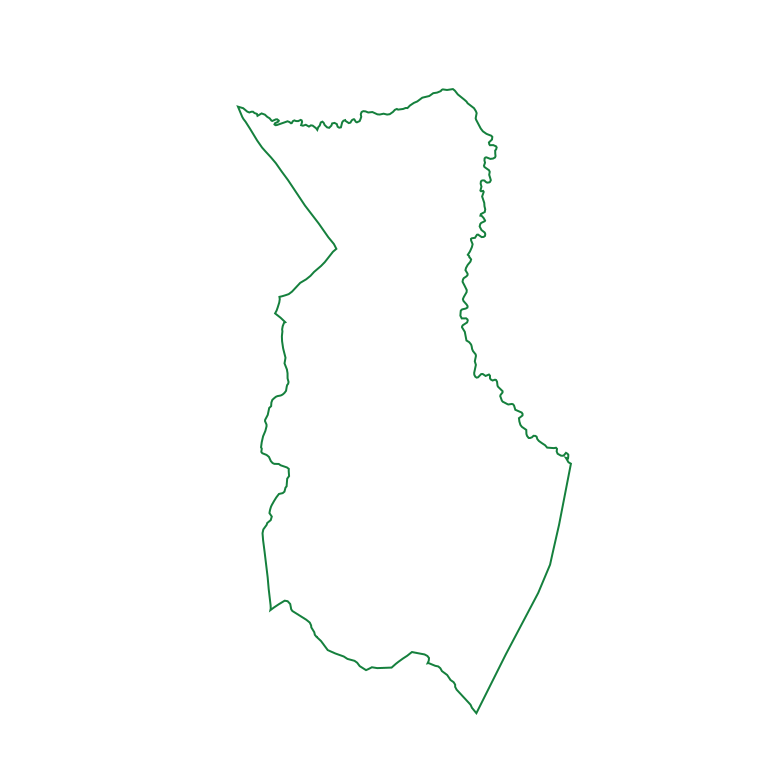 Budjala, Équateur, Democratic Republic of the Congo (Albers equal-area conic projection), rotated 282°
{"feature_id": "63176286B30356596276779", "entity_name": "Budjala", "entity_type": "district", "adm_level": 2, "iso_a3": "COD", "parent_name": "Democratic Republic of the Congo", "parent_adm1": "Équateur", "projection": "albers", "projection_center": [20.221, 2.596], "detail": "fine", "context": "isolated", "style": "outline", "palette": "green", "viewbox_px": 768, "rotation_deg": 282, "n_neighbors": 0, "source": "geoboundaries", "source_scale": "gbopen_adm2", "svg_char_len": 6114}
<svg xmlns="http://www.w3.org/2000/svg" viewBox="0 0 768 768"><g transform="rotate(282 384 384)"><path d="M190.9,572.4L211.8,578.3L241.8,584.0L254.1,584.1L282.7,584.5L344.9,583.4L345.8,580.7L348.9,577.9L349.6,577.2L349.5,579.5L351.5,579.3L353.1,579.0L353.9,578.0L354.5,576.3L351.8,574.9L351.0,573.9L350.7,572.0L351.9,568.3L354.0,566.9L356.5,566.7L357.4,565.5L356.6,563.5L355.7,556.8L357.6,554.3L359.0,550.7L360.5,547.3L362.0,545.4L364.2,544.2L364.7,542.8L364.4,541.0L362.6,539.8L361.5,538.0L361.3,536.7L363.0,534.7L364.7,533.7L368.7,532.7L370.5,528.4L370.8,527.7L372.4,525.9L375.5,524.2L377.0,523.7L378.6,523.1L379.5,523.9L382.0,526.0L383.5,525.8L384.7,524.6L386.1,517.8L389.9,515.7L390.9,514.6L391.1,513.3L389.8,509.8L390.0,508.8L390.9,505.6L391.3,504.2L391.3,503.9L392.3,502.7L395.4,500.8L396.3,500.2L397.6,500.3L400.3,501.7L401.6,501.5L404.9,496.3L405.9,495.4L409.7,494.1L411.2,492.8L411.3,491.7L410.0,489.5L410.6,487.5L411.6,486.5L414.2,485.9L415.1,484.7L413.0,481.7L414.3,478.5L413.9,477.0L410.1,474.6L409.5,473.3L410.1,471.8L411.8,470.4L413.6,469.9L421.8,469.9L425.1,468.1L430.6,468.1L432.0,467.5L434.7,464.2L436.6,462.9L439.1,461.9L440.7,461.0L442.6,458.7L443.7,455.6L451.8,452.2L455.7,448.5L456.6,448.4L457.9,448.9L461.5,452.5L463.6,452.7L464.5,452.2L465.3,450.7L464.3,446.4L466.7,444.5L470.4,444.0L471.8,443.9L473.2,444.9L474.8,448.3L476.1,449.7L477.5,449.6L478.9,448.3L481.7,444.5L483.4,443.5L485.8,444.0L491.0,445.7L493.1,445.4L496.9,442.4L500.3,439.6L502.6,439.5L504.1,440.0L506.6,442.4L508.1,443.1L509.3,442.8L512.3,440.0L514.6,440.1L517.9,441.1L521.7,443.1L524.0,443.3L525.4,441.7L525.6,441.2L526.8,440.7L527.8,439.1L531.4,440.5L536.1,441.5L538.8,441.6L539.2,441.6L542.6,439.3L544.0,438.9L544.8,439.6L545.9,442.6L549.3,443.9L549.7,444.9L548.0,449.0L548.6,450.9L549.9,452.0L551.7,451.9L553.1,451.0L554.9,447.3L558.0,444.8L560.5,444.9L561.8,445.6L564.2,448.7L564.9,448.9L567.2,446.8L568.8,444.5L568.7,443.3L570.3,443.4L573.2,446.8L575.9,446.7L578.8,445.3L582.0,444.4L587.8,441.0L592.6,441.6L593.5,440.8L592.7,438.9L593.2,438.1L597.3,438.3L600.0,436.9L602.1,436.7L603.1,437.1L603.8,438.5L603.9,440.0L602.9,441.4L602.4,443.0L603.1,445.0L603.8,445.7L605.6,446.1L607.1,445.3L610.5,443.4L613.5,443.3L614.9,442.3L617.1,437.2L618.2,436.4L621.5,436.8L623.5,435.8L625.6,435.5L626.6,436.1L627.0,437.1L626.3,441.2L627.2,443.8L628.7,445.5L630.1,445.7L632.9,444.8L633.5,444.7L635.5,444.2L636.8,444.9L638.9,445.0L639.9,443.9L639.9,443.5L640.4,441.2L639.6,438.0L640.3,437.2L642.1,436.4L645.6,438.8L647.8,438.6L648.2,438.6L649.1,437.4L649.2,437.0L649.7,433.8L650.0,432.2L651.7,428.2L654.0,425.5L661.7,419.1L663.0,418.4L668.2,418.3L669.9,417.2L672.5,414.7L676.0,407.4L677.4,406.0L678.8,403.5L682.6,396.0L685.7,392.3L686.8,390.1L685.1,385.6L684.7,384.5L684.4,380.3L683.7,379.3L682.3,378.6L680.1,375.4L678.7,371.7L675.1,368.4L672.0,361.9L667.3,357.8L665.2,354.8L661.8,351.5L658.8,349.6L658.5,347.8L657.0,345.5L655.3,340.7L655.7,339.4L654.4,337.6L652.0,336.2L649.1,333.5L648.2,331.0L648.3,327.4L646.7,323.8L646.4,321.5L647.6,316.1L646.3,312.1L646.8,309.3L646.6,307.2L646.0,306.2L645.2,305.5L643.0,305.2L640.6,306.2L638.1,305.9L636.1,305.5L634.3,303.1L634.6,301.9L636.7,299.9L636.6,299.1L635.3,297.7L632.7,296.8L631.9,295.3L633.5,291.3L634.0,291.1L633.1,289.6L631.3,288.7L626.1,288.5L625.4,286.9L625.8,285.7L626.1,285.1L628.4,283.8L629.1,281.3L628.1,279.1L625.8,278.8L623.2,277.1L623.2,275.0L625.0,272.1L627.0,270.6L627.8,269.2L626.7,267.8L623.4,267.4L621.5,266.3L618.7,265.9L620.0,264.5L621.9,260.5L621.8,258.7L620.2,257.1L621.3,253.6L619.8,251.0L619.9,249.1L623.3,249.4L624.7,248.7L625.0,247.6L623.3,245.4L622.9,243.3L623.2,241.5L622.1,240.2L620.0,239.5L619.7,238.8L620.6,237.0L620.9,235.0L619.4,232.6L615.0,225.3L614.6,224.0L615.1,222.9L616.3,223.1L618.8,226.2L619.8,226.3L620.7,224.4L620.3,223.1L618.1,220.1L618.2,219.2L620.1,216.9L621.0,214.3L622.7,211.5L623.2,208.0L620.0,204.5L621.8,203.5L622.1,201.0L623.1,199.2L622.8,197.8L621.6,195.8L622.0,193.6L624.5,188.9L624.9,183.5L615.8,189.8L614.0,191.4L611.7,194.1L605.9,199.8L595.8,209.3L589.9,215.6L586.8,219.8L582.1,226.4L577.5,232.3L570.5,239.8L563.5,247.7L542.1,269.6L527.4,286.8L516.0,299.0L510.5,305.9L506.3,309.3L502.8,306.6L491.0,300.8L486.4,297.9L479.1,292.3L474.5,289.6L470.2,286.1L465.5,281.0L455.2,274.8L452.1,272.1L450.3,269.1L448.6,266.0L447.5,263.6L445.3,264.4L442.0,264.6L436.7,264.1L433.6,263.7L430.4,262.8L427.4,268.9L426.0,271.2L423.9,274.6L423.1,273.5L419.5,272.9L416.3,273.0L414.3,273.7L409.4,274.2L404.7,275.4L398.2,277.8L396.7,278.5L389.2,282.2L383.5,282.4L377.9,286.1L377.0,286.4L374.5,287.4L369.5,288.5L366.1,290.2L364.3,290.2L362.9,289.5L361.2,289.4L357.0,289.6L354.8,288.6L353.6,287.8L352.5,286.9L351.3,285.4L350.7,284.0L350.0,282.3L349.0,280.9L347.4,279.6L345.3,278.1L342.5,277.7L338.9,278.2L337.8,277.5L336.7,276.7L329.6,276.7L324.3,275.2L323.0,275.3L319.9,277.5L318.3,277.9L313.4,277.7L307.7,276.6L301.7,276.5L296.5,276.9L295.3,277.9L292.1,278.1L291.0,279.3L290.2,283.9L288.8,286.6L285.0,289.4L283.5,291.5L283.1,293.3L283.9,297.7L283.0,299.8L282.2,306.4L281.2,308.5L279.0,308.9L274.2,310.3L271.3,309.0L263.6,310.0L262.2,309.2L258.0,309.0L256.2,307.6L254.6,304.1L250.6,302.2L246.7,300.8L242.6,299.5L240.6,299.0L238.5,298.8L236.5,298.7L233.9,298.8L231.0,301.8L227.3,301.5L223.8,298.7L221.8,298.5L216.7,296.2L212.8,296.2L206.1,298.2L195.0,302.1L170.7,310.4L159.6,313.8L143.9,319.1L140.8,319.9L139.2,319.9L142.6,322.9L146.7,326.9L151.4,331.9L151.5,334.9L149.3,338.0L144.3,340.1L142.9,341.6L137.2,357.1L135.2,361.0L132.7,362.9L130.8,363.5L126.7,367.4L124.3,368.5L122.6,370.6L122.7,371.1L122.1,371.5L119.5,375.8L112.0,384.3L110.3,392.4L109.1,401.3L107.5,405.4L107.1,412.7L105.8,415.7L103.0,418.9L100.4,425.9L101.6,427.6L103.7,430.2L104.4,431.0L104.7,436.5L108.2,450.4L112.8,453.8L115.3,455.9L119.4,459.6L123.0,463.2L127.6,467.0L127.9,479.9L127.0,483.0L125.3,485.0L122.6,485.3L119.9,484.7L120.3,485.6L119.0,492.7L119.0,495.8L117.7,498.2L115.2,500.4L112.5,506.3L108.3,510.6L106.8,514.1L104.7,516.1L102.5,516.6L100.1,518.6L98.0,521.6L88.3,535.3L85.5,537.4L81.2,542.8L145.0,559.4L190.9,572.4Z" fill="none" stroke="#15803d" stroke-width="2"/></g></svg>